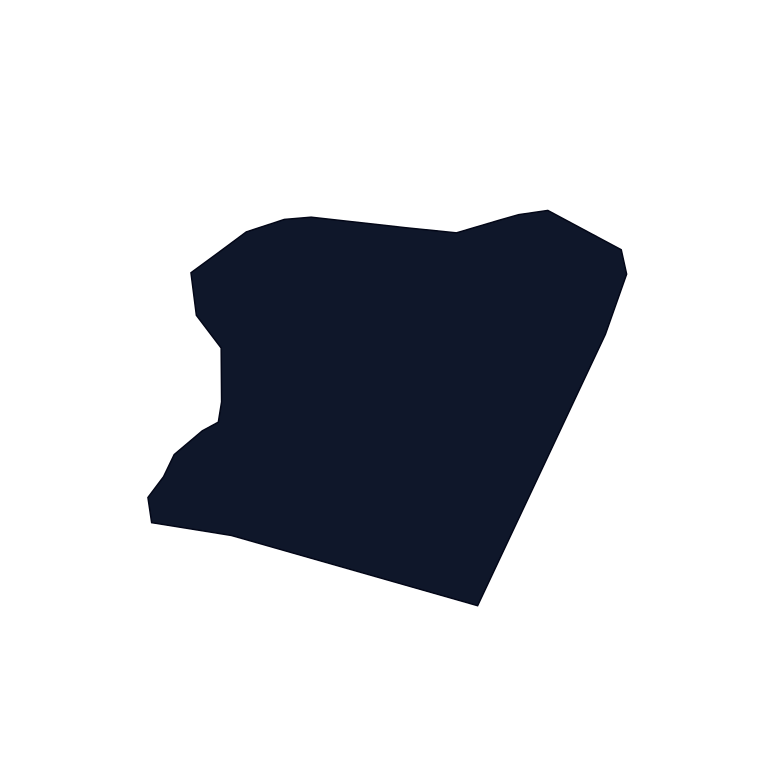 the district of Santana do São Francisco, Sergipe, Brazil, rotated 312°
{"feature_id": "56859067B59793984348526", "entity_name": "Santana do São Francisco", "entity_type": "district", "adm_level": 2, "iso_a3": "BRA", "parent_name": "Brazil", "parent_adm1": "Sergipe", "projection": "robinson", "projection_center": [-36.636, -10.286], "detail": "fine", "context": "isolated", "style": "filled", "palette": "ink", "viewbox_px": 768, "rotation_deg": 312, "n_neighbors": 0, "source": "geoboundaries", "source_scale": "gbopen_adm2", "svg_char_len": 471}
<svg xmlns="http://www.w3.org/2000/svg" viewBox="0 0 768 768"><g transform="rotate(312 384 384)"><path d="M337.5,166.1L309.5,198.6L301.8,238.9L262.0,275.3L244.8,286.4L227.6,280.3L191.2,275.3L167.6,282.2L141.7,284.5L125.5,304.1L169.3,371.9L281.9,601.9L569.0,515.3L628.0,490.8L642.5,470.5L622.6,389.6L600.0,370.8L582.8,360.0L544.8,336.7L514.4,295.2L459.2,218.2L439.6,199.8L404.9,179.9L366.8,172.2L337.5,166.1Z" fill="#0f172a" stroke="#020617" stroke-width="1.5"/></g></svg>